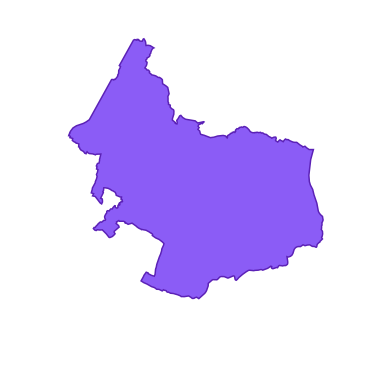 Ban Lat, Phetchaburi, Thailand, rotated 213°
{"feature_id": "78962969B76401698966785", "entity_name": "Ban Lat", "entity_type": "district", "adm_level": 2, "iso_a3": "THA", "parent_name": "Thailand", "parent_adm1": "Phetchaburi", "projection": "robinson", "projection_center": [99.878, 13.053], "detail": "fine", "context": "isolated", "style": "filled", "palette": "violet", "viewbox_px": 384, "rotation_deg": 213, "n_neighbors": 0, "source": "geoboundaries", "source_scale": "gbopen_adm2", "svg_char_len": 6075}
<svg xmlns="http://www.w3.org/2000/svg" viewBox="0 0 384 384"><g transform="rotate(213 192 192)"><path d="M186.3,89.7L183.2,89.7L179.5,90.3L174.4,90.6L171.4,91.4L168.7,91.2L166.6,92.4L163.1,92.8L162.8,93.5L162.8,94.4L161.5,94.6L160.3,95.1L159.7,95.1L159.0,94.6L157.9,94.7L157.3,95.2L154.9,95.4L152.4,96.7L147.8,98.1L145.0,98.6L144.1,98.4L141.4,100.1L138.2,103.0L135.7,103.1L133.8,102.9L132.4,103.9L132.0,104.9L130.8,106.3L128.2,106.3L126.1,114.0L126.0,115.7L126.1,117.2L127.3,122.1L128.6,124.2L127.2,129.0L126.7,129.9L123.4,131.9L123.0,132.5L122.4,135.8L121.5,137.0L118.9,138.6L115.2,139.3L114.7,139.7L111.7,144.1L111.3,144.3L110.5,144.4L108.1,142.1L107.6,141.9L106.8,142.1L106.4,143.5L106.1,145.8L104.7,150.5L103.1,154.6L102.0,156.9L101.2,157.7L97.3,159.7L96.6,160.5L93.9,162.5L92.2,164.3L91.4,164.8L90.1,165.0L86.9,169.3L85.5,172.7L84.6,172.9L84.2,171.8L83.5,171.5L82.9,171.5L82.2,171.9L80.0,174.7L79.0,175.1L79.1,177.0L78.7,178.0L75.7,179.4L74.9,180.3L73.3,181.4L72.6,183.3L73.0,184.6L74.0,186.0L77.1,189.5L76.0,189.8L75.6,190.2L74.4,191.7L73.8,193.4L73.9,195.4L75.0,199.3L75.0,200.8L74.6,202.3L73.6,203.8L71.2,205.4L70.1,208.2L68.0,208.5L66.3,210.4L64.5,211.8L61.5,211.9L59.6,213.0L58.0,213.2L57.6,213.5L57.6,214.1L58.4,216.0L58.4,216.7L58.0,218.7L57.5,219.4L57.7,220.5L57.0,223.7L58.5,224.4L58.7,225.0L58.7,225.8L59.6,228.0L61.2,230.1L63.2,231.0L63.6,232.2L64.9,234.2L64.9,235.0L66.4,237.2L66.3,237.9L66.8,239.9L69.3,242.6L72.0,243.0L74.4,243.9L75.7,244.8L81.2,250.6L88.2,256.1L92.2,259.9L96.5,262.3L99.2,264.6L103.1,269.7L110.1,283.8L113.3,293.7L116.9,291.4L119.9,291.5L122.2,291.9L123.6,290.1L124.6,290.4L127.1,290.3L131.2,290.7L133.4,289.3L134.8,288.8L137.8,288.3L139.9,288.3L141.1,287.5L142.4,287.4L142.6,287.0L142.8,286.0L143.0,283.8L144.1,283.9L145.3,283.6L146.5,283.7L146.9,283.2L147.3,280.6L149.9,280.6L150.6,282.9L151.5,283.6L152.2,283.4L153.4,282.3L154.4,280.6L155.7,280.7L157.8,280.4L161.0,280.8L162.8,280.0L164.8,280.1L166.0,279.2L167.0,279.4L168.4,278.1L169.7,277.7L170.5,277.1L170.6,276.7L171.6,276.3L171.7,275.8L173.6,274.7L174.9,274.4L176.1,274.4L178.3,275.3L180.7,275.8L182.4,275.8L183.8,275.4L184.1,275.2L184.6,273.9L185.9,273.5L186.3,272.8L186.8,272.6L187.5,271.7L187.2,271.4L187.6,270.2L188.8,269.6L189.2,267.7L188.9,266.9L188.5,266.7L188.5,265.3L189.6,265.3L190.1,264.2L190.7,264.0L190.7,262.9L191.7,262.0L191.6,261.0L192.6,259.3L192.8,258.4L192.8,257.7L192.1,257.5L192.0,256.5L194.5,257.2L196.7,256.4L201.0,252.9L203.4,250.0L206.2,247.6L212.7,246.2L216.1,245.1L217.4,246.0L218.7,247.3L221.2,247.8L221.1,249.9L222.7,250.4L223.1,251.9L222.1,253.4L221.6,254.7L220.6,254.8L220.1,257.3L220.5,257.3L224.8,253.0L228.1,253.4L237.1,249.5L240.4,249.4L243.1,250.2L243.8,249.1L243.6,245.8L243.8,243.8L242.1,242.0L241.7,240.9L242.9,240.5L243.7,240.6L243.9,241.2L247.6,241.6L248.4,243.0L249.6,247.3L251.3,250.1L252.3,250.9L254.6,250.8L256.7,251.4L257.2,252.6L257.9,253.1L258.7,252.7L259.7,252.9L260.0,253.9L261.3,254.7L263.3,257.8L264.2,258.8L264.7,261.9L269.3,266.5L271.7,266.8L275.6,266.8L278.0,270.0L279.3,270.4L281.6,270.4L282.9,269.6L284.9,269.7L286.6,269.4L289.7,268.3L290.5,268.6L292.7,268.8L293.1,269.9L294.8,270.5L296.2,269.8L296.9,270.2L299.1,270.4L299.1,272.8L299.3,274.0L300.1,276.0L300.5,276.4L301.6,276.4L302.6,277.5L302.3,279.1L302.7,280.1L301.8,281.5L301.5,283.4L302.3,284.0L302.2,286.0L302.7,287.0L303.2,289.8L302.9,291.5L302.5,292.1L306.7,292.0L308.8,291.1L310.4,289.8L312.6,292.5L314.0,293.5L315.8,294.3L316.2,293.7L315.9,291.3L317.7,290.3L319.3,290.3L319.5,290.7L320.5,290.6L320.6,290.0L321.2,289.9L321.1,289.2L323.0,288.7L323.8,287.5L321.8,258.4L320.3,258.3L319.9,256.7L319.7,254.1L318.1,251.4L318.0,249.5L317.5,249.1L317.4,248.5L317.7,244.7L318.5,244.3L318.6,243.4L319.6,243.3L320.7,242.5L317.5,196.7L318.9,193.2L320.5,190.3L325.0,184.6L326.7,180.9L327.0,176.8L326.8,175.1L326.5,175.0L326.5,173.6L326.1,172.1L325.5,172.5L325.3,172.3L324.3,172.4L324.0,171.1L321.2,171.9L320.5,170.1L319.2,169.9L317.8,169.9L316.7,170.2L315.8,169.8L314.8,170.3L313.1,170.7L311.7,168.1L310.9,168.3L309.7,167.3L308.1,166.7L305.1,166.9L303.0,166.1L301.7,166.4L302.0,167.5L301.9,168.6L300.6,168.2L299.1,168.3L296.0,169.9L293.2,170.6L293.0,171.3L292.5,171.8L289.1,174.2L287.2,168.8L286.8,168.3L285.7,165.7L286.8,164.4L286.4,161.7L285.5,161.5L284.6,159.3L283.1,159.6L282.0,156.9L281.7,154.7L280.0,153.3L279.2,150.8L278.8,148.3L278.2,147.1L277.7,141.0L277.2,140.2L276.0,136.4L273.6,137.0L273.3,134.6L270.8,135.5L270.3,135.4L263.0,132.8L261.3,132.8L261.6,134.8L262.6,136.3L263.5,137.3L265.2,137.0L266.0,143.0L266.2,143.5L266.9,143.6L267.1,145.3L268.3,147.4L267.4,148.1L264.4,149.4L262.0,149.7L260.1,149.6L258.7,149.9L256.1,149.9L254.2,148.5L254.0,148.1L253.4,148.0L249.2,148.8L248.4,149.4L247.9,148.5L247.8,147.4L246.5,147.5L245.1,146.1L245.3,145.7L246.3,145.5L246.1,144.2L246.8,143.7L246.9,143.4L246.8,142.1L245.9,142.4L245.6,142.0L245.7,141.5L246.6,140.8L246.7,140.3L245.7,138.5L246.0,137.8L246.7,137.4L248.3,137.6L248.8,138.6L249.4,138.4L249.8,135.9L249.6,134.5L251.0,133.4L251.2,130.9L252.3,130.6L252.8,130.1L252.9,129.3L252.1,127.8L252.3,126.5L252.0,124.0L251.1,122.7L249.8,122.1L249.4,121.6L249.5,120.9L250.5,120.2L251.4,117.4L252.5,117.0L252.8,116.4L253.4,114.1L253.5,112.5L253.8,111.7L253.9,109.6L254.8,108.9L254.8,107.6L252.9,107.1L251.9,107.3L251.2,107.7L251.0,108.7L248.6,109.9L246.6,111.4L241.0,110.2L236.9,108.8L236.4,108.9L235.8,109.4L234.5,111.4L233.8,114.3L233.8,115.1L235.3,115.8L235.8,116.7L234.0,122.9L235.4,123.9L238.4,124.2L238.4,125.2L239.0,125.8L237.8,128.2L237.0,127.9L233.4,130.2L232.1,130.4L231.9,130.0L231.0,130.1L230.9,129.6L229.6,130.1L228.0,130.1L225.3,133.2L220.5,133.0L218.7,132.7L216.4,132.7L214.3,133.1L213.9,132.9L213.6,133.3L209.7,134.9L206.1,135.2L204.2,135.1L203.8,135.3L202.2,135.1L201.8,134.8L201.6,133.9L197.6,133.7L193.7,134.3L189.9,134.0L187.5,133.5L186.9,132.0L186.3,127.9L185.4,125.9L184.5,122.7L184.0,119.7L182.1,112.1L181.0,109.4L180.5,107.4L178.1,102.8L177.8,100.8L180.8,100.0L184.3,99.7L184.6,100.2L185.0,100.2L186.7,99.8L186.9,96.2L186.6,94.1L186.3,89.7Z" fill="#8b5cf6" stroke="#5b21b6" stroke-width="1.5"/></g></svg>